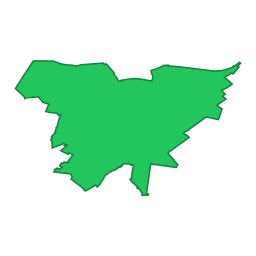 outline of Goirle, Noord-Brabant, Netherlands
{"feature_id": "6326949B96692353293855", "entity_name": "Goirle", "entity_type": "district", "adm_level": 2, "iso_a3": "NLD", "parent_name": "Netherlands", "parent_adm1": "Noord-Brabant", "projection": "natural_earth1", "projection_center": [5.032, 51.506], "detail": "fine", "context": "isolated", "style": "filled", "palette": "green", "viewbox_px": 256, "rotation_deg": 0, "n_neighbors": 0, "source": "geoboundaries", "source_scale": "gbopen_adm2", "svg_char_len": 5182}
<svg xmlns="http://www.w3.org/2000/svg" viewBox="0 0 256 256"><path d="M15.4,88.6L19.1,92.0L23.1,95.7L24.2,96.7L24.5,97.1L24.7,97.5L24.8,97.7L24.9,98.7L25.3,98.5L25.2,97.9L35.4,97.1L35.5,97.1L38.2,96.8L43.2,102.6L43.6,102.2L45.1,103.0L46.8,103.6L47.4,103.7L48.8,104.1L45.7,111.5L47.5,111.8L48.2,112.1L48.3,112.3L57.0,113.3L58.6,115.5L60.4,114.6L60.8,115.0L60.6,115.1L60.3,115.9L60.1,116.4L60.0,116.8L59.7,117.5L58.8,119.7L58.7,120.0L57.8,124.0L56.6,127.7L56.5,127.8L56.3,127.8L56.4,128.0L55.0,132.1L55.6,132.4L51.5,136.6L51.4,136.7L52.2,137.8L50.7,139.4L51.9,141.7L51.9,142.0L52.0,141.9L52.3,143.0L52.3,144.2L52.3,144.9L52.1,148.0L54.1,147.1L55.6,146.7L64.1,143.5L65.4,144.7L64.8,145.2L65.5,145.1L67.0,144.9L67.2,145.0L67.3,145.1L60.8,150.7L68.0,154.4L69.0,152.9L72.8,154.8L68.1,161.3L68.4,161.3L68.7,161.8L68.0,162.8L66.5,162.4L64.0,162.1L63.0,163.4L61.6,163.1L61.3,163.5L61.1,163.4L60.5,164.7L60.3,164.8L59.6,165.9L62.2,167.2L59.1,169.3L57.2,168.0L54.7,170.1L54.6,169.9L54.0,172.0L69.0,173.7L71.0,174.0L71.2,174.5L71.5,175.9L71.6,176.2L72.0,176.9L72.0,177.1L72.0,177.4L71.9,177.6L71.8,177.9L71.4,178.6L71.0,179.2L71.3,179.3L82.0,187.4L83.5,189.0L84.1,189.8L85.0,191.0L90.1,188.6L91.9,187.5L94.7,185.6L95.5,185.1L96.0,185.4L96.2,185.7L96.4,186.0L97.0,186.5L97.4,186.7L97.4,186.8L97.7,186.5L98.2,186.2L99.0,185.4L99.2,185.2L99.3,185.0L99.3,184.9L99.5,184.6L99.7,184.4L100.0,184.2L100.2,183.9L100.4,183.8L100.5,183.6L100.6,183.4L100.7,183.1L100.8,182.8L101.1,182.4L101.1,182.2L101.3,181.9L101.5,181.7L101.6,181.3L101.7,181.1L101.9,180.7L102.1,180.5L102.5,180.3L102.8,180.1L102.9,179.8L102.9,179.6L103.0,179.5L103.3,179.2L103.5,178.7L103.8,178.3L103.9,178.2L104.0,178.1L104.0,177.8L103.9,177.6L103.9,177.4L104.3,177.0L104.7,176.4L104.9,176.0L105.1,175.8L105.6,175.2L106.1,174.5L106.2,174.4L106.6,174.4L106.8,174.4L107.2,174.1L107.7,173.9L107.8,173.8L108.0,173.5L108.3,173.1L108.5,173.0L109.1,172.6L109.7,172.2L110.3,171.8L110.5,171.7L110.8,171.6L111.2,171.6L111.5,171.6L111.7,171.3L111.8,171.1L112.3,170.9L112.6,170.7L112.8,170.6L113.2,170.3L113.5,170.3L113.8,170.4L114.0,170.4L114.4,170.2L116.2,169.3L116.7,168.9L117.1,168.8L117.2,168.6L117.4,168.2L117.5,168.0L117.6,167.9L118.0,167.9L118.4,167.7L118.5,167.5L118.4,167.3L118.4,167.2L118.5,167.2L119.2,167.3L119.4,167.3L119.7,167.1L120.1,167.1L120.4,166.9L120.8,166.9L121.1,166.8L121.1,166.6L121.0,166.0L120.9,165.8L121.0,165.7L121.3,165.9L121.3,166.0L122.2,165.7L122.4,165.6L122.5,165.5L122.5,165.4L122.4,165.2L122.5,165.2L122.6,164.7L122.8,164.2L122.8,163.9L125.5,163.8L131.3,164.3L131.2,165.2L133.5,165.2L133.3,168.0L132.9,167.9L131.4,176.7L131.9,178.4L130.0,179.2L132.8,183.0L133.7,182.7L133.8,182.7L134.2,183.6L134.5,184.5L134.9,184.6L135.7,185.1L137.1,186.4L137.4,186.7L138.0,187.3L138.0,187.5L137.9,187.5L137.0,188.0L137.5,188.5L138.3,188.2L139.1,188.9L141.2,191.8L141.4,192.0L141.7,192.7L142.1,193.6L142.2,193.9L142.2,194.1L142.2,194.3L142.2,194.6L141.9,195.2L148.0,195.2L148.2,193.8L146.5,193.7L149.9,169.7L150.2,168.4L150.8,164.0L161.2,165.4L176.3,167.5L176.4,167.4L177.7,164.6L173.5,159.8L173.7,159.7L167.8,152.9L167.4,153.1L189.3,137.4L186.4,134.9L185.7,135.4L183.4,133.3L185.8,131.6L186.7,131.0L187.4,130.8L188.1,130.5L188.4,130.3L188.7,129.7L188.9,129.5L189.4,129.2L190.9,128.1L191.1,127.9L206.5,116.9L206.7,117.0L207.0,117.1L218.4,119.6L222.1,109.0L216.9,105.3L225.9,99.0L222.6,96.1L225.2,94.2L221.6,90.3L226.6,87.9L232.2,84.1L230.4,82.4L229.7,81.7L229.0,81.0L228.1,80.3L226.0,78.7L224.5,77.7L225.6,76.9L225.8,76.8L225.9,76.6L226.9,75.9L228.7,75.0L229.5,74.6L231.3,73.0L233.0,74.0L233.4,73.5L234.5,72.5L234.8,72.1L235.4,71.3L236.3,70.2L238.0,68.1L239.0,67.2L237.6,66.4L239.4,64.5L240.6,63.2L239.4,62.2L236.5,64.7L234.3,66.0L234.0,65.9L233.5,66.2L233.8,66.4L233.0,66.9L232.2,67.4L231.0,67.9L229.9,68.3L228.7,68.7L226.7,69.3L224.7,69.9L222.9,70.3L221.1,70.6L219.1,70.8L216.4,71.0L214.8,71.0L213.6,70.9L212.3,70.9L210.6,70.7L200.2,69.3L199.6,69.2L199.0,69.1L198.7,69.2L195.5,68.8L195.4,68.8L193.5,68.5L193.2,68.5L184.5,67.4L178.3,66.7L171.3,66.1L169.2,65.9L168.2,65.6L168.3,65.5L168.4,65.3L167.6,65.2L167.6,65.3L167.6,65.5L166.8,65.5L165.8,65.4L164.1,65.2L162.6,66.0L161.2,66.7L159.7,67.4L157.4,68.3L155.9,69.0L154.4,69.5L151.7,70.4L151.0,70.6L151.3,72.9L152.4,74.8L152.6,75.8L152.7,77.8L152.5,79.0L152.4,79.2L152.2,79.5L152.1,79.8L151.8,81.0L142.6,79.4L142.5,79.6L140.5,79.2L140.2,79.0L139.3,78.7L138.7,79.0L137.4,78.7L136.4,78.6L135.4,78.5L133.8,78.7L130.3,78.9L129.2,79.0L127.4,79.3L125.9,79.5L122.7,80.2L121.9,80.2L121.6,80.0L121.0,80.5L121.0,80.4L120.6,80.7L120.4,80.8L119.0,81.2L118.7,81.3L118.7,81.5L118.6,81.1L118.4,80.8L117.9,80.0L117.5,79.2L117.3,78.6L117.1,78.5L116.3,77.2L114.7,75.4L114.5,75.2L114.2,74.9L114.1,74.7L114.1,74.2L114.3,73.9L114.0,73.6L114.0,72.8L114.0,72.7L110.4,68.5L110.2,68.3L109.6,67.6L106.5,64.0L106.4,63.9L106.2,63.9L104.2,64.5L103.6,63.0L100.5,63.3L96.2,63.6L86.6,64.3L86.4,64.4L84.3,64.5L81.2,64.7L77.9,65.7L74.7,65.9L72.4,65.1L70.0,65.1L67.8,65.0L66.7,64.8L64.5,64.5L62.3,64.1L60.1,63.6L58.1,62.9L57.0,62.5L55.0,61.7L54.0,61.3L53.5,61.0L51.3,61.2L50.8,61.1L37.9,60.9L35.0,60.8L34.9,61.2L33.0,61.3L26.5,71.3L24.3,74.6L15.4,88.6Z" fill="#22c55e" stroke="#15803d" stroke-width="1.5"/></svg>